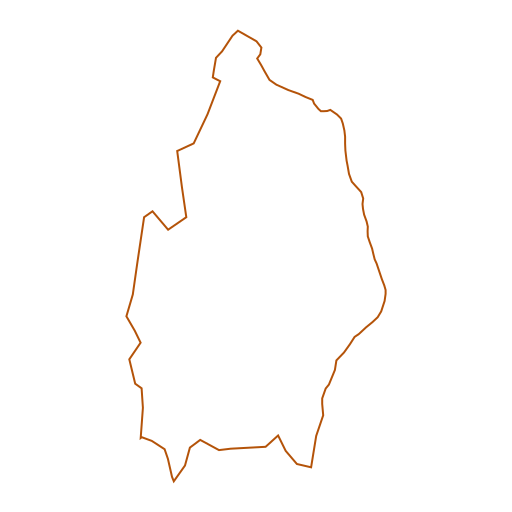 the district of Ed Al Fursan, Southern Darfur, Sudan
{"feature_id": "16777658B67455933132274", "entity_name": "Ed Al Fursan", "entity_type": "district", "adm_level": 2, "iso_a3": "SDN", "parent_name": "Sudan", "parent_adm1": "Southern Darfur", "projection": "equal_earth", "projection_center": [24.402, 11.715], "detail": "fine", "context": "isolated", "style": "outline", "palette": "amber", "viewbox_px": 512, "rotation_deg": 0, "n_neighbors": 0, "source": "geoboundaries", "source_scale": "gbopen_adm2", "svg_char_len": 1425}
<svg xmlns="http://www.w3.org/2000/svg" viewBox="0 0 512 512"><path d="M261.4,47.6L256.5,41.3L237.9,30.7L232.5,35.7L222.1,51.3L216.0,57.8L213.8,70.7L212.8,77.4L217.0,79.6L220.2,81.2L207.5,114.3L193.7,143.4L177.2,151.0L181.9,186.9L186.3,217.2L168.1,229.7L152.5,211.3L144.1,217.2L137.2,263.7L132.8,294.5L126.4,316.3L134.8,330.8L140.6,342.7L129.3,359.3L135.2,383.7L141.6,388.3L142.9,407.8L140.7,438.0L141.8,437.2L143.4,437.8L151.8,440.9L164.6,449.2L167.9,458.8L172.0,476.8L173.8,481.3L185.0,465.5L189.9,447.6L200.2,439.9L219.0,450.1L230.7,448.7L265.6,446.8L278.1,435.5L285.7,450.9L296.9,464.0L311.1,467.3L316.2,435.9L323.2,415.3L322.2,404.0L322.2,398.4L325.7,388.5L328.9,384.6L334.9,370.0L336.4,360.4L344.0,352.5L350.0,344.1L354.6,336.9L358.9,334.0L366.1,327.3L372.6,322.0L377.7,317.2L381.2,311.4L384.6,301.0L385.6,293.9L385.6,290.0L384.3,285.5L381.8,279.0L376.6,263.5L374.7,259.4L373.2,253.4L372.1,248.6L369.7,242.1L367.8,236.4L367.6,231.2L367.8,226.6L366.6,221.5L364.1,214.6L363.0,208.9L362.5,204.0L363.2,198.5L361.2,192.1L355.3,185.6L351.8,181.7L349.0,173.9L347.6,165.8L346.6,160.7L345.4,150.6L345.1,143.6L345.1,136.7L344.4,130.6L342.8,123.5L341.1,118.6L337.0,114.5L330.3,109.9L327.2,111.0L323.8,111.2L320.9,111.2L318.4,108.9L314.1,103.6L312.7,99.9L305.5,97.0L298.6,93.7L288.4,90.1L276.4,84.7L269.5,79.9L264.5,71.2L261.1,65.0L257.2,58.5L260.3,54.3L261.3,48.1L261.4,47.6Z" fill="none" stroke="#b45309" stroke-width="2"/></svg>